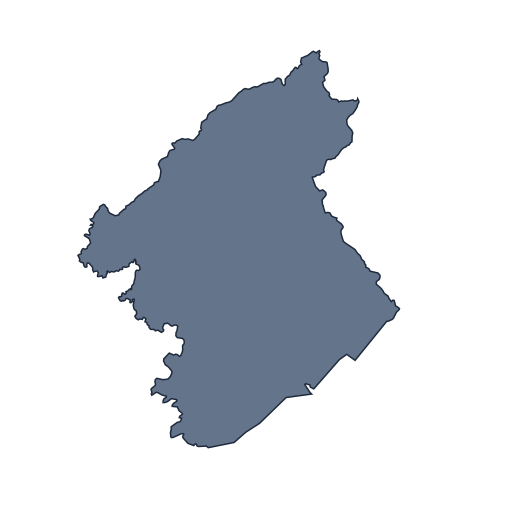 Hakha, Chin, Myanmar (Mercator projection), rotated 55°
{"feature_id": "60261553B91300055563286", "entity_name": "Hakha", "entity_type": "district", "adm_level": 2, "iso_a3": "MMR", "parent_name": "Myanmar", "parent_adm1": "Chin", "projection": "mercator", "projection_center": [93.452, 22.539], "detail": "fine", "context": "isolated", "style": "filled", "palette": "slate", "viewbox_px": 512, "rotation_deg": 55, "n_neighbors": 0, "source": "geoboundaries", "source_scale": "gbopen_adm2", "svg_char_len": 6132}
<svg xmlns="http://www.w3.org/2000/svg" viewBox="0 0 512 512"><g transform="rotate(55 256 256)"><path d="M185.4,82.5L186.4,83.6L186.2,85.2L185.2,86.6L183.8,86.9L181.4,92.6L180.1,94.0L179.1,96.1L177.9,97.2L177.3,99.9L175.6,99.6L174.0,100.2L171.0,103.9L166.7,104.3L166.1,103.2L164.0,102.5L161.6,103.4L156.3,103.5L152.0,102.0L151.6,98.7L148.1,97.4L147.4,92.8L146.4,91.1L143.9,89.5L138.2,86.8L137.1,87.4L134.9,90.1L131.0,91.4L130.5,91.4L128.2,88.7L126.4,88.6L125.5,86.5L124.1,86.3L123.9,88.3L124.2,90.2L121.3,91.5L121.0,92.7L121.4,98.3L119.9,105.2L122.7,108.2L125.3,108.6L124.9,110.6L125.2,111.9L126.3,113.7L126.2,114.8L124.8,114.9L123.9,115.7L125.4,120.1L125.4,121.7L127.2,124.7L127.0,127.2L128.0,130.7L132.3,133.7L132.5,135.2L130.4,135.9L125.6,134.3L123.9,135.0L122.6,136.4L122.6,138.7L123.3,140.8L123.0,142.9L121.3,145.4L120.2,149.3L119.0,150.7L118.3,157.9L116.6,159.9L115.8,162.7L115.6,165.4L114.7,167.0L112.7,168.7L112.2,170.7L112.6,173.4L112.4,176.2L114.9,187.0L114.5,190.0L113.4,192.5L111.9,198.6L111.0,200.3L111.1,202.1L112.8,204.8L112.2,211.7L112.9,214.5L115.4,217.6L115.3,223.8L119.5,227.9L121.3,228.2L121.9,229.3L121.3,230.6L121.8,231.5L123.6,232.6L125.2,239.4L125.1,241.5L121.1,244.5L119.8,247.2L117.5,249.2L116.3,255.2L117.0,257.3L115.6,259.5L115.6,260.2L116.4,260.8L120.9,260.7L121.7,261.5L120.2,266.0L121.2,268.3L123.8,271.5L122.6,277.6L122.9,279.9L124.8,283.3L131.4,284.8L136.0,288.9L139.0,293.3L138.4,294.2L137.7,297.1L139.1,299.1L139.0,305.9L139.6,307.3L138.9,309.5L139.4,313.8L139.2,317.7L139.9,321.9L141.2,324.5L140.7,327.2L141.2,330.7L140.6,334.0L142.2,335.4L142.5,336.6L142.0,337.5L142.7,343.3L143.6,345.1L142.2,348.3L137.1,351.2L135.0,351.4L131.7,350.3L129.4,350.8L127.3,350.6L126.1,351.5L125.9,355.7L127.7,357.5L128.9,363.4L131.4,367.3L131.2,369.9L130.7,370.7L131.9,371.0L135.4,369.7L136.4,370.3L136.6,371.6L135.5,372.9L135.8,373.9L137.4,372.4L138.2,372.7L138.7,374.4L138.2,375.7L138.3,377.0L139.4,378.4L142.7,379.1L143.4,380.3L140.5,382.8L140.2,384.2L141.0,384.9L146.0,382.7L150.0,383.7L150.7,384.9L151.6,388.7L152.8,389.7L152.8,390.8L152.2,392.5L151.0,393.0L150.7,394.1L152.2,396.9L153.4,397.4L154.0,398.4L153.3,399.8L153.4,401.5L157.7,402.2L158.6,403.5L160.8,402.9L162.5,401.4L165.3,402.5L166.5,402.6L167.6,401.9L167.8,400.6L166.2,399.8L165.3,398.8L165.2,397.7L165.9,397.0L171.4,396.3L173.9,397.8L175.9,398.2L176.7,395.2L177.5,394.7L179.5,394.9L181.0,397.0L181.9,397.5L182.6,396.8L183.9,393.5L186.2,394.0L187.1,391.2L185.5,389.4L184.7,387.5L183.5,387.3L183.1,386.2L185.6,385.4L185.7,383.4L187.7,381.4L187.9,379.0L189.6,377.2L188.9,375.2L190.1,373.8L190.2,372.8L188.9,372.0L188.9,370.9L190.7,368.9L191.6,366.1L189.7,364.4L189.5,361.0L190.8,360.6L190.8,360.0L189.0,357.6L189.8,356.7L191.7,358.1L192.2,357.5L193.0,358.7L193.8,358.9L196.2,357.3L198.8,357.7L200.6,358.9L200.5,360.4L199.2,361.9L199.4,363.1L200.3,364.3L204.6,367.5L206.1,369.5L208.6,372.0L209.1,374.5L210.9,376.6L211.6,376.6L211.9,377.6L210.8,377.8L210.6,378.9L211.1,380.6L210.6,383.0L211.8,383.3L212.2,384.6L211.9,385.6L210.6,385.7L209.7,386.7L210.8,388.5L211.9,389.1L211.9,390.0L210.9,391.3L211.2,392.5L212.5,392.8L214.9,392.9L216.1,391.9L216.0,390.8L217.0,390.0L217.1,388.3L216.4,387.2L216.5,386.3L217.3,385.6L219.9,384.4L221.7,385.9L222.5,385.3L222.5,383.2L221.2,382.7L220.8,382.0L221.2,380.7L221.8,380.6L225.9,384.8L229.1,386.2L230.5,386.2L232.2,385.5L235.0,387.0L235.8,389.8L238.6,390.0L240.8,389.0L240.9,387.3L242.8,385.4L241.9,384.1L241.9,383.0L244.3,382.2L246.2,384.7L247.8,383.6L249.8,384.4L252.0,383.8L253.3,384.6L255.6,384.4L257.8,381.6L259.5,381.4L260.5,378.9L264.3,377.3L264.4,374.9L263.7,374.0L262.3,374.1L260.8,373.2L258.7,369.7L259.7,368.7L260.1,367.1L262.5,366.0L263.7,366.0L265.3,365.0L265.9,362.2L266.8,361.0L268.5,360.3L271.8,363.5L272.8,365.3L275.4,367.4L277.7,367.3L281.2,363.6L283.3,363.2L285.2,364.0L286.6,365.2L287.1,367.4L290.7,369.8L292.5,371.6L294.5,375.1L294.2,376.3L291.9,376.9L290.4,378.0L289.9,380.3L285.8,382.7L287.3,390.4L288.9,391.9L293.1,392.7L296.6,391.4L302.0,391.0L303.5,391.9L305.5,395.1L306.3,398.7L305.1,401.1L303.7,403.4L299.3,407.4L299.5,409.3L301.0,410.9L303.3,411.8L304.3,412.9L304.6,417.8L305.1,418.5L308.0,419.5L309.0,421.0L310.3,421.2L310.4,416.0L311.6,414.8L315.7,412.9L319.5,409.8L320.2,410.6L320.2,413.5L321.5,415.3L322.8,416.2L323.8,414.6L324.5,412.0L324.4,407.0L328.2,403.4L329.5,404.1L329.4,408.2L330.1,410.1L331.1,410.9L334.5,407.0L338.6,407.8L342.3,406.7L343.4,407.1L343.5,410.4L344.4,411.6L346.2,410.0L347.1,410.9L348.2,413.6L347.1,415.8L347.2,423.4L349.4,424.9L351.6,427.4L355.3,429.5L356.2,429.5L357.1,427.9L358.7,419.4L359.6,417.7L360.5,417.3L361.9,419.7L363.4,420.1L370.4,419.2L375.6,415.7L375.1,413.8L375.9,412.8L377.8,413.3L379.1,412.3L383.3,405.6L385.6,405.1L396.2,380.9L394.5,365.5L395.1,348.9L389.2,312.5L401.0,289.6L399.0,290.0L389.4,289.8L389.0,288.7L392.5,285.8L394.5,286.7L398.0,284.9L388.7,247.1L388.6,238.1L398.3,234.7L384.5,186.4L385.2,185.3L386.1,180.8L385.7,178.9L382.6,173.2L382.0,169.4L381.3,168.6L378.6,169.4L377.1,170.3L371.7,168.3L370.7,169.2L371.0,171.3L366.9,171.4L364.6,170.8L360.0,172.4L357.8,172.0L354.2,172.1L348.1,173.6L346.0,172.1L345.9,168.4L344.3,166.4L342.9,165.5L339.9,165.8L333.9,171.2L331.1,170.8L328.0,172.5L326.3,171.2L324.6,171.4L322.9,170.5L319.6,171.3L315.5,170.5L311.6,171.3L307.4,171.2L296.6,175.4L294.0,176.0L286.7,173.6L284.5,172.3L283.6,171.2L282.6,168.4L281.7,167.7L278.8,167.6L273.1,169.5L272.0,168.9L271.4,168.0L267.9,170.6L266.5,171.1L263.0,170.8L261.5,172.1L260.4,174.6L254.1,172.6L253.8,172.2L251.6,171.9L249.1,170.2L248.1,170.1L246.6,164.7L245.7,163.1L243.8,162.4L240.1,163.4L239.2,166.5L233.3,167.4L223.8,164.8L223.9,163.8L224.7,162.8L225.0,161.4L224.6,159.8L226.2,157.1L225.7,154.3L226.3,152.8L226.0,151.8L224.2,151.3L222.5,149.3L218.1,143.3L218.3,141.1L219.9,139.5L220.2,137.4L221.2,135.4L220.5,133.9L220.1,130.7L217.9,124.9L217.6,122.2L218.2,120.0L217.8,118.1L218.4,116.0L217.5,113.5L217.5,111.9L212.8,108.4L210.8,106.2L208.0,105.5L201.7,106.1L199.7,105.5L196.6,103.7L195.3,101.0L194.7,97.9L194.9,95.1L193.3,90.6L191.5,87.0L190.6,86.4L189.1,83.5L187.9,82.9L185.4,82.5Z" fill="#64748b" stroke="#1e293b" stroke-width="1.5"/></g></svg>